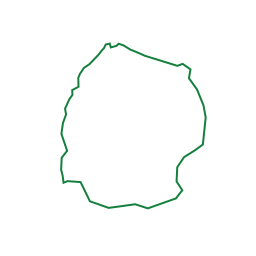 Has, Kukës, Albania, rotated 243°
{"feature_id": "67620474B51228836218093", "entity_name": "Has", "entity_type": "district", "adm_level": 2, "iso_a3": "ALB", "parent_name": "Albania", "parent_adm1": "Kukës", "projection": "equal_earth", "projection_center": [20.413, 42.193], "detail": "fine", "context": "isolated", "style": "outline", "palette": "green", "viewbox_px": 256, "rotation_deg": 243, "n_neighbors": 0, "source": "geoboundaries", "source_scale": "gbopen_adm2", "svg_char_len": 826}
<svg xmlns="http://www.w3.org/2000/svg" viewBox="0 0 256 256"><g transform="rotate(243 128 128)"><path d="M47.9,148.1L58.3,147.0L70.7,154.1L76.6,164.7L77.7,177.1L79.3,187.2L102.1,202.0L113.7,205.5L131.1,207.0L144.7,204.9L151.9,210.3L160.3,205.8L161.0,200.2L184.5,176.0L189.7,171.8L192.9,169.1L196.9,165.6L203.7,161.5L207.3,157.9L206.4,155.0L207.6,149.3L211.5,150.0L212.5,146.1L210.1,142.9L208.9,139.7L206.7,135.1L204.4,128.4L202.4,122.7L201.5,115.9L198.1,109.8L195.3,106.5L187.2,102.6L187.1,95.5L182.7,93.5L180.2,88.7L173.8,80.7L168.2,79.0L162.1,72.4L153.0,66.0L135.3,63.4L131.6,55.4L121.2,49.5L115.1,48.1L108.5,45.7L108.3,47.8L108.1,50.0L106.4,52.8L106.0,53.4L105.2,54.8L103.7,57.3L101.3,61.2L80.0,60.8L65.6,74.5L61.8,85.3L56.8,99.8L47.4,109.2L43.5,138.7L47.9,148.1Z" fill="none" stroke="#15803d" stroke-width="2"/></g></svg>